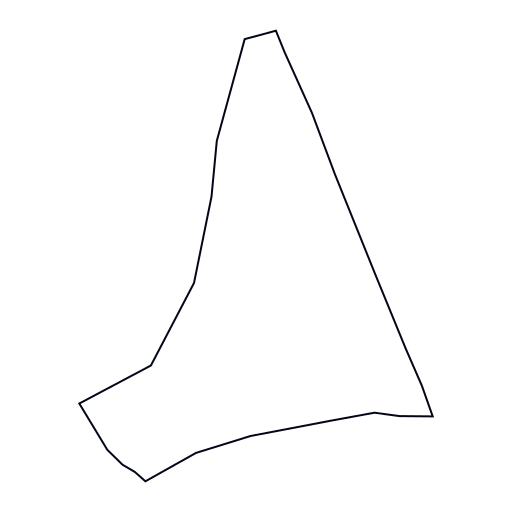 Santiago Tepetlapa, Oaxaca, Mexico
{"feature_id": "50627088B27053474017051", "entity_name": "Santiago Tepetlapa", "entity_type": "district", "adm_level": 2, "iso_a3": "MEX", "parent_name": "Mexico", "parent_adm1": "Oaxaca", "projection": "robinson", "projection_center": [-97.399, 17.797], "detail": "fine", "context": "isolated", "style": "outline", "palette": "ink", "viewbox_px": 512, "rotation_deg": 0, "n_neighbors": 0, "source": "geoboundaries", "source_scale": "gbopen_adm2", "svg_char_len": 422}
<svg xmlns="http://www.w3.org/2000/svg" viewBox="0 0 512 512"><path d="M134.9,472.0L145.4,481.3L196.0,452.9L250.5,436.0L330.8,420.7L374.5,412.7L399.5,416.1L432.7,416.4L421.9,385.8L405.5,348.1L375.2,274.2L334.9,174.2L312.0,113.0L284.5,52.0L275.9,30.7L259.4,35.2L244.7,39.1L216.8,140.9L211.5,196.7L194.0,283.0L150.9,365.5L79.3,403.5L107.3,449.8L122.5,464.7L134.9,472.0Z" fill="none" stroke="#020617" stroke-width="2"/></svg>